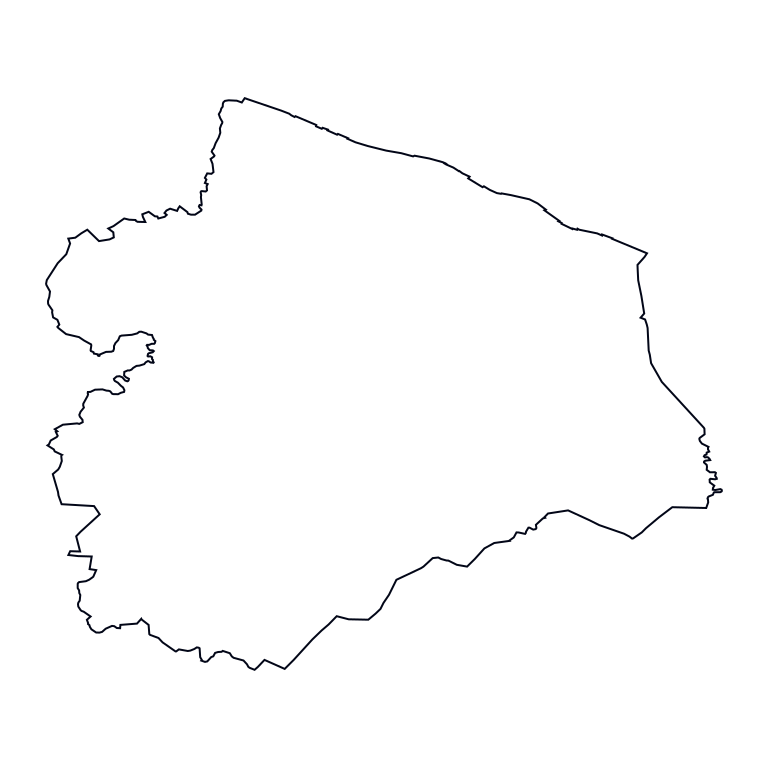 Nirzas pag., Ludzas, Latvia
{"feature_id": "27541924B94409410618996", "entity_name": "Nirzas pag.", "entity_type": "district", "adm_level": 2, "iso_a3": "LVA", "parent_name": "Latvia", "parent_adm1": "Ludzas", "projection": "equal_earth", "projection_center": [27.914, 56.391], "detail": "fine", "context": "isolated", "style": "outline", "palette": "ink", "viewbox_px": 768, "rotation_deg": 0, "n_neighbors": 0, "source": "geoboundaries", "source_scale": "gbopen_adm2", "svg_char_len": 6012}
<svg xmlns="http://www.w3.org/2000/svg" viewBox="0 0 768 768"><path d="M70.1,243.5L66.3,254.2L57.7,263.2L46.8,280.1L46.1,283.7L46.4,285.0L50.0,291.5L49.3,296.9L48.0,301.0L48.1,303.5L48.4,304.5L52.4,310.3L52.1,312.3L53.1,317.4L57.4,319.8L59.3,324.6L57.4,326.9L58.3,328.0L66.1,334.1L79.0,337.1L84.2,340.6L91.1,344.4L91.3,345.5L90.6,350.3L90.9,351.0L93.5,352.2L93.9,353.6L97.7,354.3L97.7,355.1L98.2,355.8L99.1,356.0L99.6,355.7L99.8,354.5L106.0,351.9L111.3,351.7L113.2,351.0L114.0,348.8L114.0,346.0L115.4,343.1L118.2,340.1L119.8,336.3L121.5,335.6L131.8,334.8L137.2,333.4L139.3,331.8L141.3,331.7L146.5,333.4L148.1,334.6L152.0,335.0L152.9,337.6L153.7,338.8L153.8,339.8L155.4,341.1L154.8,343.2L154.2,343.8L151.6,343.8L149.1,344.9L147.1,344.9L146.7,345.4L147.6,346.7L147.8,348.0L149.7,350.2L152.9,350.4L153.8,351.1L152.7,352.3L148.7,353.3L148.1,353.8L147.6,355.6L147.6,356.1L148.1,356.5L150.4,356.3L152.1,357.3L152.0,359.0L152.9,359.9L152.9,361.5L153.7,362.3L153.4,362.8L150.6,362.5L148.7,361.2L147.8,361.1L145.6,362.4L144.3,364.1L139.5,365.6L136.5,365.9L133.2,367.9L131.5,369.6L129.4,370.5L127.8,370.4L124.3,371.9L124.1,375.5L126.0,377.3L128.9,378.8L128.7,380.1L128.2,380.9L127.3,381.3L125.1,380.5L122.3,377.3L119.6,376.2L116.7,376.5L113.9,378.9L114.2,380.0L114.9,381.0L117.9,382.7L120.8,385.7L123.1,387.5L124.4,390.2L124.1,391.9L120.8,392.8L118.1,394.2L113.3,394.1L112.2,393.8L110.3,391.4L108.8,390.8L106.4,390.6L102.5,389.4L95.0,389.7L90.4,391.9L87.9,392.0L87.7,393.2L88.1,394.2L87.6,395.9L83.3,403.7L83.2,405.5L83.9,407.6L80.6,411.7L79.3,414.9L79.9,416.7L82.5,419.9L82.7,422.2L79.3,423.9L77.1,423.4L62.9,424.7L54.8,429.2L57.3,431.3L55.8,431.9L57.7,435.8L56.8,437.0L50.7,440.5L48.9,444.4L47.5,445.4L53.8,449.4L54.7,451.4L62.0,454.9L61.4,455.3L61.3,456.7L61.8,461.0L59.8,466.8L58.2,469.5L52.8,474.1L58.0,491.9L58.5,495.5L61.6,504.2L94.1,506.1L99.7,514.3L80.5,531.8L76.2,536.3L80.1,551.5L70.2,551.2L68.4,555.0L78.1,556.1L91.7,556.5L89.6,569.1L96.2,570.1L93.3,576.7L92.3,577.5L89.2,579.7L85.9,581.2L79.1,582.1L78.0,583.1L77.7,583.9L77.7,588.1L79.1,590.4L79.3,593.1L80.3,595.0L79.7,600.7L78.4,602.5L78.0,604.1L78.3,606.6L80.6,610.1L81.5,610.9L83.7,611.7L90.6,616.5L86.9,619.8L88.1,623.0L88.0,624.0L89.4,625.1L89.9,626.9L91.4,629.3L96.1,632.5L99.5,632.6L102.1,631.9L105.7,628.7L112.0,625.9L114.3,626.2L116.8,628.0L120.1,628.2L120.4,624.9L137.0,623.6L141.3,618.8L141.6,619.5L148.6,624.9L149.3,634.1L150.1,634.9L158.5,638.0L162.6,642.4L175.5,651.4L176.2,651.4L178.9,649.4L187.8,651.0L190.3,650.6L194.3,649.0L196.8,647.4L198.7,647.7L199.6,648.3L200.2,657.2L201.8,659.9L201.3,660.6L205.0,661.9L207.3,661.4L211.2,657.1L213.3,656.3L215.1,652.9L218.1,652.0L221.6,651.8L222.7,650.9L229.8,653.2L231.8,656.4L233.6,657.8L243.5,660.5L247.0,664.3L248.3,666.8L249.6,667.8L254.6,669.8L257.9,666.9L264.5,659.9L284.7,668.9L293.7,659.9L312.4,639.4L321.6,630.5L328.6,624.5L336.7,616.2L348.7,619.3L368.3,619.7L375.6,613.6L380.5,608.9L383.5,602.9L389.0,594.8L396.4,579.8L421.0,568.2L423.5,566.6L432.7,558.1L438.3,557.5L441.1,559.0L446.5,560.5L448.4,560.6L456.8,564.8L467.1,566.6L474.8,559.0L484.4,548.4L494.2,543.0L509.4,540.9L509.2,540.7L513.8,537.4L516.5,532.4L518.7,532.5L525.1,533.9L525.8,533.0L526.0,531.7L528.4,527.7L529.6,527.7L533.2,529.6L535.7,529.1L536.4,528.0L535.9,524.8L542.9,518.4L545.1,517.8L544.5,517.1L548.0,513.5L568.1,510.4L589.0,520.0L599.2,525.1L624.0,533.7L629.5,536.6L632.1,538.6L633.1,538.4L641.8,532.4L646.0,528.2L659.0,517.3L672.3,507.2L706.2,508.0L708.2,502.4L707.9,499.0L707.5,498.7L707.9,497.3L708.7,496.5L712.9,494.8L713.8,492.6L714.3,492.2L720.2,492.2L721.4,491.6L721.9,490.9L721.6,489.7L720.3,489.1L715.5,490.0L712.8,489.7L713.0,487.9L714.3,485.7L709.8,482.4L709.6,479.6L710.4,478.8L715.1,479.3L716.8,478.8L716.6,477.9L715.1,475.8L715.9,472.9L714.9,472.2L710.0,472.3L706.7,469.8L707.0,466.9L706.7,464.9L704.0,462.5L704.1,461.5L705.3,460.7L710.2,460.1L709.7,459.1L708.2,457.5L707.0,457.1L705.0,457.4L703.9,456.4L704.6,455.2L706.5,454.5L706.7,452.6L709.2,451.6L708.0,449.4L708.0,447.8L708.5,446.9L701.9,443.6L699.9,441.0L699.4,439.3L699.4,438.4L699.9,437.8L704.6,434.3L704.4,428.7L703.9,427.8L661.8,381.9L651.1,363.2L649.8,354.7L648.7,350.6L647.6,328.0L646.8,324.6L645.1,319.5L640.6,317.7L644.2,313.5L641.4,296.0L638.2,280.3L637.7,270.1L637.5,264.9L644.5,257.0L647.0,253.3L612.1,238.8L612.4,238.3L602.1,234.5L602.0,235.5L597.2,233.4L579.2,229.7L577.5,228.7L577.1,229.8L572.4,228.5L572.3,229.0L561.5,223.8L561.7,223.0L558.5,221.4L559.3,220.9L544.4,210.3L545.8,209.6L537.6,203.4L529.4,199.3L510.9,195.1L501.5,193.4L501.1,193.8L496.9,193.1L489.8,189.9L483.9,186.3L482.6,187.2L468.2,178.4L469.6,176.7L462.4,173.3L459.3,171.0L458.9,171.2L453.4,167.6L446.2,164.5L445.2,163.9L446.0,163.7L445.6,163.4L442.8,162.2L429.3,158.5L414.5,155.7L413.1,156.4L401.3,153.2L386.2,150.6L367.7,146.0L355.5,142.3L347.5,138.8L348.0,138.2L337.9,133.9L337.1,134.7L327.4,130.4L327.9,129.6L322.6,127.8L321.8,128.8L316.0,126.3L316.3,125.0L295.5,116.2L294.6,117.0L291.3,115.3L289.2,113.7L281.2,110.6L244.7,98.2L241.8,102.5L236.8,100.7L228.6,100.3L224.9,100.9L223.4,102.3L222.9,103.6L222.7,106.7L221.3,108.5L220.6,111.1L218.8,114.2L220.2,118.1L222.4,122.0L222.1,123.4L221.3,124.6L219.9,128.4L220.3,132.8L218.6,137.7L215.6,143.2L213.8,148.1L212.3,150.0L211.7,151.7L214.5,155.6L214.1,156.4L210.6,159.0L212.5,163.8L213.5,172.1L211.5,173.8L207.2,173.4L204.9,177.9L206.4,179.6L204.9,183.0L207.7,184.1L206.6,186.2L207.0,190.4L205.7,191.5L201.8,191.1L201.1,191.3L200.6,192.2L201.2,195.1L200.9,197.0L201.7,204.5L201.5,205.3L199.6,205.0L198.9,206.3L199.5,207.6L201.5,209.6L201.3,210.6L195.0,214.7L191.1,214.7L187.9,213.7L187.4,212.1L179.7,206.3L178.3,208.3L177.1,210.9L170.1,208.7L166.5,210.5L164.5,213.0L166.7,214.9L164.7,216.8L158.3,218.5L157.4,216.5L154.9,216.3L148.7,211.8L142.3,214.3L142.9,216.9L145.3,222.0L137.5,221.8L136.0,220.9L135.5,220.0L129.2,219.7L124.2,218.5L113.5,226.1L108.3,228.5L113.3,232.3L113.8,237.4L109.6,239.4L99.0,241.1L87.3,229.7L81.3,233.3L75.3,237.7L68.3,238.6L70.1,243.5Z" fill="none" stroke="#020617" stroke-width="2"/></svg>